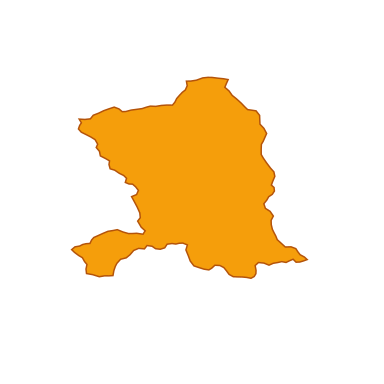 outline of Pratápolis, Minas Gerais, Brazil, rotated 114°
{"feature_id": "56859067B63533923209716", "entity_name": "Pratápolis", "entity_type": "district", "adm_level": 2, "iso_a3": "BRA", "parent_name": "Brazil", "parent_adm1": "Minas Gerais", "projection": "natural_earth1", "projection_center": [-46.849, -20.783], "detail": "fine", "context": "isolated", "style": "filled", "palette": "amber", "viewbox_px": 384, "rotation_deg": 114, "n_neighbors": 0, "source": "geoboundaries", "source_scale": "gbopen_adm2", "svg_char_len": 2563}
<svg xmlns="http://www.w3.org/2000/svg" viewBox="0 0 384 384"><g transform="rotate(114 192 192)"><path d="M74.6,204.7L75.7,209.2L77.5,214.7L79.2,220.3L80.8,224.1L83.4,228.6L88.1,233.5L91.2,238.3L93.0,242.2L96.9,239.6L101.5,239.6L104.9,241.4L108.3,242.6L112.8,244.0L117.0,244.2L120.6,245.2L122.8,250.3L125.4,255.2L128.5,259.9L130.5,265.0L133.1,268.2L136.1,271.5L138.9,276.0L141.9,280.9L145.4,285.2L147.0,288.4L145.8,292.5L146.1,297.6L149.7,301.6L153.6,305.7L158.0,309.4L162.0,313.4L166.5,314.6L169.3,319.4L171.3,324.7L173.8,321.2L176.9,321.7L180.6,321.4L182.4,317.5L182.6,312.4L182.9,306.8L183.6,301.8L186.7,297.6L190.3,297.6L192.5,293.1L196.3,290.4L196.6,284.6L197.1,280.0L200.7,279.0L204.1,276.2L203.5,271.5L204.5,266.0L204.7,261.1L206.1,257.4L210.4,256.8L210.3,252.8L209.0,249.5L210.2,245.6L212.4,241.6L216.9,241.6L220.8,245.3L224.4,240.6L228.0,236.0L232.3,231.2L236.5,228.8L240.7,229.8L244.8,224.1L246.5,219.0L250.5,219.6L252.2,225.7L254.1,229.4L255.8,233.1L256.6,238.8L256.8,244.9L259.4,248.6L262.1,252.8L265.9,256.4L270.3,260.3L273.5,263.2L276.7,264.2L280.5,264.3L282.3,267.7L284.4,270.5L287.1,272.7L289.7,276.6L293.6,278.5L295.0,274.7L296.1,269.7L296.6,265.4L299.3,261.8L300.9,258.5L305.5,257.5L309.4,255.2L307.9,249.1L307.1,242.2L304.1,237.7L302.4,233.8L300.5,230.2L295.6,231.4L291.1,231.8L287.7,231.6L282.5,229.9L278.9,225.3L274.5,223.1L269.1,221.5L265.2,217.8L263.3,212.3L259.2,211.3L257.8,206.4L258.6,202.2L257.2,197.7L254.1,194.2L249.8,193.5L247.2,189.3L246.1,185.6L244.0,182.8L242.4,179.6L242.2,174.7L247.4,174.0L251.8,169.4L255.8,165.5L258.7,160.2L258.2,154.8L257.6,149.6L256.3,144.9L253.6,143.0L249.6,141.3L247.8,136.6L248.1,132.1L249.8,128.8L252.2,124.6L252.6,119.9L251.0,115.8L249.1,111.2L247.8,107.3L246.8,103.0L243.9,100.8L240.7,100.4L237.6,101.6L233.5,104.4L229.4,102.6L227.7,97.4L227.5,91.9L224.1,88.8L221.5,84.9L219.1,81.7L218.1,77.4L215.0,74.8L212.3,72.3L213.8,68.4L212.1,65.0L209.7,62.2L206.9,59.3L205.7,62.8L205.3,67.8L203.5,71.1L201.5,74.1L201.8,79.2L204.3,84.4L202.3,90.4L200.9,94.7L198.2,97.5L195.6,100.8L193.4,103.4L189.6,106.3L185.7,108.2L180.9,107.9L177.9,112.8L177.1,118.3L173.5,121.6L169.1,120.4L165.1,120.0L161.5,117.7L157.6,117.1L154.5,118.9L153.4,122.3L149.3,122.6L144.0,122.7L140.3,125.4L138.2,130.1L134.9,136.0L132.0,140.7L129.6,144.0L125.0,146.1L120.2,148.0L116.9,147.6L112.8,147.6L108.2,147.6L104.6,152.2L102.4,157.5L98.4,159.5L94.5,161.4L91.8,166.5L93.1,171.2L94.1,174.7L92.8,178.3L90.8,183.2L88.8,189.3L87.4,194.6L84.6,199.3L83.0,204.6L79.0,204.7L74.6,204.7Z" fill="#f59e0b" stroke="#b45309" stroke-width="1.5"/></g></svg>